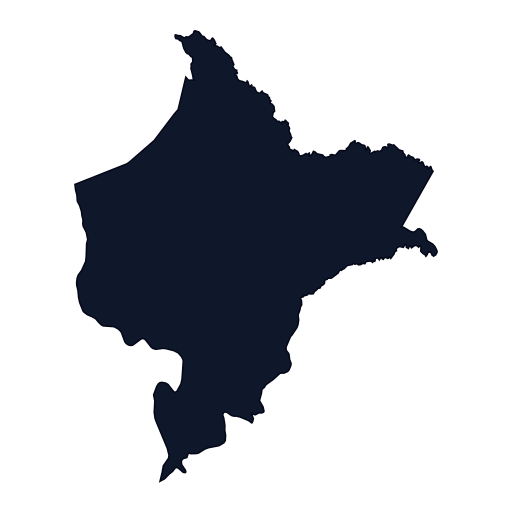 the border of Loreto
{"feature_id": "PER-585", "entity_name": "Loreto", "entity_type": "Department", "adm_level": 1, "iso_a3": "PER", "parent_name": "Peru", "parent_adm1": "", "projection": "robinson", "projection_center": [-73.566, -4.337], "detail": "fine", "context": "isolated", "style": "filled", "palette": "ink", "viewbox_px": 512, "rotation_deg": 0, "n_neighbors": 0, "source": "natural_earth", "source_scale": "10m", "svg_char_len": 6011}
<svg xmlns="http://www.w3.org/2000/svg" viewBox="0 0 512 512"><path d="M195.0,30.7L199.0,32.0L202.2,36.2L203.9,36.5L206.1,39.1L207.7,40.2L210.5,40.8L212.1,38.3L212.7,38.1L214.3,40.1L215.9,43.8L214.3,45.5L217.6,46.3L219.1,47.7L221.1,47.0L224.8,52.2L228.8,55.2L230.4,57.2L231.5,57.6L231.7,59.2L233.9,64.6L233.0,66.0L233.0,67.0L234.9,69.7L236.8,70.3L236.4,71.1L237.4,72.9L237.1,73.5L235.2,73.5L234.9,74.1L236.8,76.1L237.4,78.5L238.5,80.0L239.7,80.8L242.4,81.4L245.3,82.6L246.5,82.5L247.2,81.0L247.8,81.6L249.1,85.7L250.0,86.3L251.6,85.0L252.0,85.8L251.6,87.1L252.3,87.5L253.7,87.1L254.5,87.4L256.3,91.5L257.4,92.5L259.9,93.2L260.7,92.7L261.4,91.4L262.1,91.1L263.1,92.8L267.6,94.8L268.4,97.5L269.4,97.5L269.8,99.8L271.0,101.0L270.0,102.5L270.4,103.3L272.2,104.2L274.0,106.5L274.6,111.4L273.5,112.2L273.1,113.0L272.4,116.7L273.4,118.0L276.3,120.1L276.6,121.2L279.1,121.3L280.8,122.8L281.2,122.9L282.3,121.5L284.6,121.9L285.1,120.3L285.5,120.3L286.8,121.9L288.0,122.7L288.4,123.3L288.0,125.3L289.6,128.3L289.1,130.1L289.2,131.7L290.3,133.7L291.2,137.0L291.8,137.6L290.0,141.3L287.9,143.6L287.8,145.0L289.3,147.1L289.6,149.1L292.4,150.3L293.1,151.8L294.3,149.5L297.5,151.4L298.3,152.4L299.1,154.8L299.9,156.0L303.0,155.3L306.0,153.5L308.0,154.8L308.3,153.7L309.2,153.0L310.2,155.9L311.6,155.0L313.4,151.3L315.0,151.9L317.1,153.8L322.7,155.0L324.0,156.6L325.7,157.4L330.0,156.4L330.1,155.0L331.5,154.5L335.0,155.2L335.7,155.0L339.0,151.1L340.3,150.5L345.5,150.7L346.1,150.1L346.3,148.9L348.8,146.6L350.7,143.2L354.8,140.7L355.2,141.0L355.1,142.8L355.5,143.7L358.0,142.6L359.0,142.9L361.8,144.8L364.4,145.4L364.9,145.9L365.2,146.9L365.2,149.1L365.5,149.9L366.3,150.3L367.1,147.7L367.7,146.9L368.2,147.1L370.3,150.9L369.3,152.4L369.8,153.4L371.4,153.1L374.7,151.3L375.1,152.0L377.6,150.9L379.6,151.5L381.8,150.0L382.7,147.5L383.7,147.0L385.6,146.7L386.8,147.5L387.9,147.6L388.3,147.3L387.8,144.8L388.3,144.1L389.6,144.1L392.7,145.3L393.7,144.8L399.1,149.9L402.8,151.0L403.2,153.1L404.8,154.6L405.5,157.4L407.8,157.1L407.9,155.6L408.7,155.0L410.6,156.6L413.1,157.4L414.9,159.9L417.0,159.1L418.9,159.2L419.5,159.8L419.3,160.9L418.1,161.6L418.6,162.9L420.0,162.8L421.8,161.8L422.8,162.3L424.5,166.5L425.4,166.8L426.9,166.2L427.9,167.0L428.1,168.5L428.5,168.8L430.5,166.5L431.0,166.9L431.9,169.9L433.1,171.2L401.5,227.0L403.5,227.2L410.3,231.3L412.7,232.0L413.9,232.0L415.1,231.5L417.9,228.9L419.2,228.7L421.0,229.4L422.7,230.9L425.4,234.4L426.7,239.9L427.9,241.3L432.6,244.0L434.9,246.5L437.0,250.7L437.1,252.2L435.8,254.8L433.6,256.2L431.9,254.9L430.9,252.3L428.9,252.0L428.1,252.5L426.7,255.4L425.9,256.3L424.7,254.3L423.5,254.0L420.7,251.3L421.0,247.3L420.1,245.9L419.5,245.7L418.7,247.2L417.0,245.8L415.5,245.4L414.1,245.9L411.5,247.9L411.1,247.6L410.7,246.0L410.0,245.7L409.3,246.2L408.3,248.5L406.2,247.1L406.2,244.6L405.5,244.4L404.8,244.8L403.3,247.4L399.6,246.5L397.0,247.8L396.2,249.1L396.5,250.8L395.0,251.5L394.0,254.1L390.7,258.5L389.0,256.5L388.7,257.7L387.9,258.5L385.4,257.4L384.3,257.9L383.3,259.4L382.2,258.9L381.4,257.3L380.6,257.8L379.3,259.9L378.1,258.2L377.0,258.0L375.9,258.3L375.2,259.0L375.1,260.7L374.7,261.4L373.9,261.1L372.4,262.4L371.4,261.1L367.2,261.4L365.9,261.8L365.0,263.7L362.8,263.5L360.7,264.5L360.9,263.4L359.5,264.6L358.5,264.9L356.9,263.6L355.1,264.3L353.0,263.5L352.3,264.6L347.3,265.5L344.0,268.8L342.6,269.3L341.4,270.4L339.8,270.0L338.1,273.1L331.5,278.1L327.8,278.3L327.2,279.3L325.3,279.9L324.8,280.5L324.4,283.4L323.9,284.2L322.2,285.4L321.1,285.6L320.2,287.9L317.9,288.5L316.0,290.5L314.7,291.2L313.3,293.8L310.4,294.0L308.6,293.5L307.4,294.9L304.7,295.7L303.7,295.5L303.4,296.7L300.7,297.6L300.5,298.3L301.5,300.8L301.7,304.9L300.4,307.1L299.9,310.1L298.1,315.0L298.7,319.9L298.0,324.7L296.9,327.7L292.0,335.0L290.5,336.6L286.1,347.0L286.1,349.4L286.5,350.7L288.7,353.5L289.0,354.4L289.7,359.8L291.1,363.4L290.8,365.7L289.0,370.0L287.7,371.5L284.1,373.1L280.8,373.1L279.8,373.5L273.3,379.4L265.9,384.8L264.3,387.4L261.9,389.4L261.5,393.1L259.5,400.6L263.1,407.0L264.0,411.2L263.5,412.2L261.9,412.9L258.9,412.9L255.3,414.8L251.6,413.9L253.4,418.7L252.7,421.5L252.2,422.7L251.5,422.9L249.8,421.4L247.7,420.2L240.2,417.1L236.7,416.2L233.5,416.1L231.3,415.4L226.9,412.3L225.1,412.0L223.8,412.4L222.8,414.2L222.8,415.2L223.8,418.2L224.9,425.2L224.8,430.4L225.6,435.1L225.3,440.6L223.9,442.8L219.0,445.7L208.6,447.7L204.8,449.1L198.5,453.1L196.3,453.6L190.6,453.7L188.8,453.0L188.2,453.6L186.8,457.6L183.4,458.5L182.0,459.8L181.5,460.8L181.4,462.8L181.8,464.8L185.3,470.0L185.8,471.5L185.7,472.2L185.1,472.7L183.1,472.3L178.4,468.2L177.0,467.6L176.0,467.6L175.2,468.0L172.5,471.5L169.4,473.9L164.6,478.8L160.0,481.3L162.2,472.2L163.3,465.8L168.5,458.3L169.0,455.3L167.3,448.3L156.1,421.4L155.0,418.1L154.2,412.4L154.8,400.9L153.6,394.9L156.7,386.5L158.2,384.0L159.7,382.8L161.7,382.3L165.8,383.1L168.1,384.5L173.8,391.8L175.1,392.3L176.9,391.3L180.9,384.0L182.0,379.1L183.2,361.6L183.0,359.6L181.4,356.5L178.2,352.9L173.9,350.7L165.7,348.6L162.7,348.4L155.7,349.3L153.0,348.5L151.3,347.3L145.5,339.9L144.1,338.8L142.3,338.6L140.9,339.1L132.9,345.1L130.7,345.5L128.4,345.0L126.2,343.5L124.8,341.7L121.4,332.4L120.1,330.7L117.8,328.7L114.0,326.7L103.1,325.9L101.2,324.8L98.8,322.5L95.6,318.7L92.6,317.0L87.2,314.6L83.9,312.1L82.9,310.8L79.7,302.6L78.6,297.6L77.9,290.2L76.7,285.2L76.6,282.8L77.1,278.3L78.2,275.1L81.7,270.3L85.7,261.3L86.2,256.0L86.6,243.6L87.7,239.5L86.3,232.4L83.1,226.0L82.8,223.6L83.0,219.9L82.0,215.9L81.4,211.2L79.6,205.6L77.3,201.1L76.9,195.1L75.6,190.1L74.9,184.4L126.9,163.8L129.6,161.9L154.2,140.5L174.5,113.7L178.1,109.6L185.8,77.1L188.5,80.2L194.1,79.9L193.0,78.0L192.9,76.2L190.9,68.3L191.3,66.1L191.0,64.1L192.8,61.8L192.5,57.6L192.0,56.7L191.2,56.8L188.5,53.8L187.2,53.6L185.9,52.3L183.7,48.1L182.2,42.2L181.7,41.4L179.4,40.2L177.8,38.8L176.0,38.7L175.1,37.1L175.1,35.0L175.8,34.8L178.2,35.6L180.3,35.6L183.6,37.6L184.7,37.8L186.0,36.8L188.7,37.0L192.9,33.9L193.5,33.1L193.9,31.4L195.0,30.7Z" fill="#0f172a" stroke="#020617" stroke-width="1.5"/></svg>